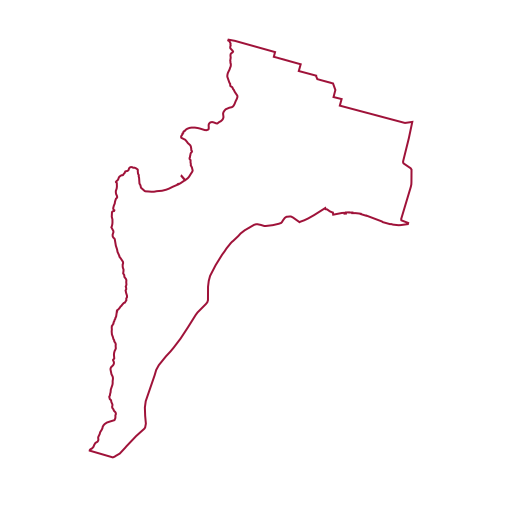 the district of Waverley, New South Wales, Australia, rotated 185°
{"feature_id": "25037944B61039645174942", "entity_name": "Waverley", "entity_type": "district", "adm_level": 2, "iso_a3": "AUS", "parent_name": "Australia", "parent_adm1": "New South Wales", "projection": "albers", "projection_center": [151.276, -33.884], "detail": "fine", "context": "isolated", "style": "outline", "palette": "rose", "viewbox_px": 512, "rotation_deg": 185, "n_neighbors": 0, "source": "geoboundaries", "source_scale": "gbopen_adm2", "svg_char_len": 6091}
<svg xmlns="http://www.w3.org/2000/svg" viewBox="0 0 512 512"><g transform="rotate(185 256 256)"><path d="M302.4,468.3L302.0,468.2L300.8,467.1L300.5,466.4L300.0,465.8L299.8,465.2L299.9,464.2L299.6,463.5L299.8,462.8L299.9,462.0L299.8,461.1L299.6,460.6L297.6,458.8L296.7,457.8L296.9,457.0L298.5,455.6L298.9,454.8L298.9,453.4L298.5,451.3L298.7,448.3L298.4,447.4L298.3,446.1L297.8,445.1L297.7,443.3L297.8,442.5L298.2,441.3L298.6,439.5L299.8,436.4L300.1,435.3L300.3,433.6L300.2,432.1L297.6,426.3L296.8,425.4L296.7,424.5L296.4,423.2L296.2,423.0L294.4,422.1L294.1,421.7L293.4,420.3L292.7,419.7L291.5,417.7L288.6,414.1L288.4,413.3L288.4,412.5L288.8,410.9L289.8,408.3L290.6,405.6L291.3,404.0L291.8,403.2L292.5,402.5L293.2,402.1L295.5,401.4L299.0,399.5L300.2,397.9L301.0,396.3L301.2,394.9L300.5,391.5L300.8,389.9L301.5,388.6L302.8,387.2L304.4,386.2L305.9,384.8L306.3,384.6L307.3,384.7L309.8,385.4L311.2,385.6L312.4,385.4L313.4,384.9L314.1,384.0L314.5,383.2L314.6,382.1L314.3,380.1L314.2,378.7L314.3,378.2L314.8,377.7L316.3,377.0L318.0,377.0L323.1,378.1L325.2,378.4L328.3,378.6L331.4,378.3L333.4,377.8L335.5,376.8L336.7,375.9L337.4,375.1L338.0,374.2L338.8,373.9L339.1,373.4L339.2,372.2L339.9,371.7L340.0,371.3L339.8,370.9L340.9,368.9L341.0,368.2L340.8,367.4L340.6,367.2L336.6,365.6L334.8,363.8L333.7,362.5L331.8,361.1L331.1,360.5L330.5,359.5L329.8,357.0L329.7,355.8L328.9,354.8L329.1,353.9L329.8,353.1L330.0,352.6L330.2,351.4L330.2,350.6L330.4,349.9L330.4,348.6L330.7,348.0L330.7,347.3L330.5,346.7L329.7,346.0L329.5,345.4L329.4,343.6L328.9,341.9L328.9,340.7L327.6,338.7L326.6,335.8L326.6,335.3L327.0,334.1L327.9,332.5L329.6,329.1L330.8,327.5L333.1,325.4L337.1,329.3L337.2,329.1L333.5,325.4L333.9,324.9L337.6,321.9L339.6,320.6L340.5,321.7L339.8,320.5L345.0,317.7L348.6,315.5L351.3,314.2L355.3,312.8L360.6,311.9L362.9,311.2L365.8,310.9L369.0,310.9L371.6,310.8L372.5,311.0L376.4,313.9L376.6,314.2L377.3,316.4L378.4,318.0L379.3,323.7L379.8,325.1L379.8,326.1L379.9,326.5L380.7,327.7L381.2,330.3L381.2,331.3L381.5,331.9L383.0,332.8L384.1,333.2L385.0,333.4L386.0,333.2L387.2,333.7L388.3,333.7L389.2,333.3L389.7,332.8L390.1,332.2L390.4,330.7L391.0,329.9L391.6,329.5L393.5,328.9L393.8,328.3L394.1,327.2L394.8,326.5L395.1,325.8L395.6,325.0L396.0,324.8L396.7,324.8L397.2,324.6L398.8,323.3L399.3,322.6L399.6,321.8L400.0,320.2L400.6,319.3L401.5,318.4L402.0,317.6L401.9,317.3L401.3,316.9L401.0,316.5L400.6,312.9L400.7,311.0L401.3,308.5L401.1,306.7L400.7,305.4L399.8,303.8L399.4,302.6L399.6,301.9L400.5,300.8L400.7,300.1L401.2,297.8L401.3,295.9L402.0,293.8L402.4,291.4L402.4,290.9L401.9,289.7L401.1,289.2L401.3,288.5L401.8,288.4L402.9,287.7L403.3,287.1L403.1,282.5L402.2,279.9L401.9,276.8L401.9,275.2L402.2,273.1L402.6,272.0L400.3,268.5L400.1,267.4L400.7,264.7L400.5,263.2L400.2,262.6L399.7,261.9L398.6,261.0L398.2,260.5L396.5,254.0L395.0,250.5L394.3,248.0L392.2,244.3L392.0,243.4L390.7,242.0L388.4,239.1L388.0,238.5L387.8,237.6L387.8,236.6L388.1,236.1L387.9,233.9L387.6,232.7L386.8,231.0L386.7,229.5L386.8,227.1L385.6,225.5L385.3,223.7L383.6,221.8L383.1,220.8L383.0,220.1L383.0,218.7L382.6,216.3L382.8,214.9L383.1,214.3L382.5,212.7L382.4,211.4L382.8,210.7L382.9,210.0L382.6,209.5L382.3,208.2L381.1,205.3L380.9,203.8L381.5,202.4L381.5,201.9L381.3,200.6L381.7,199.9L382.6,198.1L382.9,198.0L383.7,197.6L385.2,195.6L385.6,194.8L386.6,193.8L387.0,192.9L388.6,190.6L389.4,190.1L389.8,189.4L389.7,188.9L389.5,188.4L389.9,188.0L389.8,187.4L389.9,186.6L390.0,184.7L390.1,183.4L390.7,182.0L390.7,181.2L391.3,180.0L391.6,178.4L392.0,177.8L392.1,177.0L392.1,176.1L392.6,175.4L393.1,174.1L393.5,173.7L393.5,172.9L393.5,172.1L393.2,170.2L393.2,168.2L392.7,165.3L391.5,162.8L390.8,160.8L390.0,159.8L389.7,158.5L388.6,157.2L388.2,156.4L388.0,155.6L388.0,154.2L387.6,151.7L387.9,150.6L388.6,148.9L388.9,147.0L388.9,145.1L388.4,142.3L388.3,141.6L388.5,141.2L389.3,140.2L389.2,139.4L388.6,138.6L388.3,137.7L388.2,137.1L388.2,136.4L388.4,135.7L388.8,134.8L390.7,132.5L390.9,131.9L391.1,131.0L391.0,130.1L389.7,125.7L388.3,123.4L388.0,122.5L387.8,121.2L387.9,118.8L387.7,116.8L387.8,115.2L389.0,110.3L389.0,107.6L389.3,106.0L389.4,104.2L389.9,103.2L389.9,102.8L389.2,100.8L389.0,100.5L388.3,100.1L387.8,99.6L387.4,98.0L386.1,95.6L386.0,94.6L386.2,93.2L385.9,92.2L384.6,90.7L384.1,89.5L383.0,88.6L382.3,87.9L382.0,87.2L381.8,86.4L382.2,85.0L382.0,83.3L382.0,82.3L382.5,80.5L382.8,80.1L387.0,78.4L390.0,77.1L392.1,75.4L393.1,74.1L393.8,72.6L394.0,71.0L394.5,69.6L395.9,66.8L396.2,65.0L397.3,62.1L397.4,61.2L397.0,59.2L397.2,58.2L397.8,57.1L399.0,56.3L399.8,55.6L400.7,53.7L401.3,51.7L402.5,50.1L404.2,48.9L404.7,48.1L404.7,47.6L381.1,42.9L379.3,43.8L378.5,44.5L374.5,47.3L369.5,53.7L368.6,55.0L359.7,66.2L352.2,74.2L351.5,75.5L351.1,79.4L352.5,87.2L353.5,95.4L353.2,101.8L346.6,128.3L345.5,133.8L343.3,138.8L336.9,148.3L332.9,153.4L330.0,157.6L324.0,167.1L317.6,179.0L310.9,192.1L309.3,194.7L301.8,203.7L300.5,205.6L300.0,207.8L301.1,221.2L300.9,227.1L300.0,232.2L295.4,243.4L289.8,254.5L287.7,257.9L286.1,260.9L282.3,266.6L281.0,268.2L280.2,268.9L275.4,274.3L273.3,277.1L269.4,280.7L260.6,286.9L258.8,287.6L257.5,287.8L254.0,287.4L250.3,286.6L249.1,286.7L241.9,288.2L236.1,290.1L233.9,291.1L233.2,291.9L232.1,294.1L230.6,296.5L229.1,297.7L225.3,298.4L224.3,298.3L222.4,297.5L215.6,293.5L214.9,294.0L211.0,295.8L207.4,297.9L201.7,301.8L191.2,309.8L190.8,308.7L189.2,308.6L186.3,306.9L184.2,306.2L183.2,306.0L182.7,303.9L174.0,306.4L171.6,306.7L171.5,305.9L170.1,306.1L170.2,307.2L167.1,307.6L167.0,307.4L163.8,307.7L163.8,307.1L160.6,307.4L156.2,307.3L156.3,307.3L155.3,307.2L155.3,306.9L149.7,305.7L149.6,305.9L133.6,301.4L132.7,300.8L125.2,299.4L124.2,299.6L122.2,299.2L116.9,299.1L115.0,299.3L107.5,301.0L107.3,302.2L114.3,304.2L114.6,305.5L107.8,338.4L107.5,340.9L107.6,343.2L108.6,355.6L109.6,356.9L116.9,361.0L117.5,361.7L117.7,362.7L117.6,363.8L114.0,386.7L112.0,403.2L118.8,401.6L119.7,401.6L185.6,413.1L184.4,419.8L192.6,421.1L191.4,428.3L194.3,434.6L210.3,437.5L211.8,440.4L211.8,440.9L229.5,444.0L228.2,450.9L255.6,456.0L254.8,460.8L295.8,468.5L302.2,469.1L302.4,468.3Z" fill="none" stroke="#9f1239" stroke-width="2"/></g></svg>